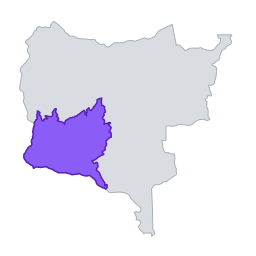 location of Équateur within Democratic Republic of the Congo, rotated 268°
{"feature_id": "COD-1461", "entity_name": "Équateur", "entity_type": "Province", "adm_level": 1, "iso_a3": "COD", "parent_name": "Democratic Republic of the Congo", "parent_adm1": "", "projection": "orthographic", "projection_center": [21.263, 1.316], "detail": "fine", "context": "in_parent", "style": "filled", "palette": "violet", "viewbox_px": 256, "rotation_deg": 268, "n_neighbors": 0, "source": "natural_earth", "source_scale": "10m", "svg_char_len": 8888}
<svg xmlns="http://www.w3.org/2000/svg" viewBox="0 0 256 256"><g transform="rotate(268 128 128)"><path d="M230.0,175.8L209.0,179.2L209.4,180.4L209.2,181.6L208.7,182.6L206.5,185.2L203.3,187.6L203.2,188.2L204.8,190.8L205.7,194.4L205.3,200.8L205.7,202.6L205.6,203.9L204.5,205.4L202.2,213.1L203.5,216.8L207.5,220.2L209.8,222.8L213.9,223.7L214.5,223.5L214.8,221.4L218.0,220.6L217.6,234.1L217.3,234.9L216.7,235.1L216.0,234.6L215.8,233.3L215.0,232.8L211.0,234.5L210.0,234.4L208.9,234.1L208.1,233.5L207.9,232.4L205.3,228.5L203.9,228.2L202.5,224.7L196.4,222.1L194.0,221.9L192.8,221.1L191.6,218.3L189.6,216.5L189.1,214.5L188.7,214.2L187.5,214.6L186.3,217.8L184.9,218.5L182.3,218.6L175.9,217.7L171.4,216.1L170.2,216.2L168.4,214.7L167.7,212.3L168.1,210.4L167.8,210.1L160.8,211.7L159.1,212.7L157.5,212.4L157.0,211.9L157.7,210.6L157.4,209.2L156.9,208.5L154.8,208.0L154.2,206.5L152.9,206.3L152.5,206.5L152.1,207.5L151.4,207.9L147.2,207.4L142.8,208.7L137.0,208.4L134.2,210.0L133.8,209.9L133.2,209.1L132.7,206.5L133.0,205.8L133.8,205.3L134.1,204.3L133.9,201.6L134.1,201.0L133.8,199.4L132.9,196.9L131.7,194.9L129.1,191.9L128.6,190.5L128.8,187.1L129.6,181.7L129.5,177.7L128.4,175.1L128.2,172.3L128.9,167.2L128.2,166.0L114.8,165.6L114.3,165.2L114.0,164.5L114.6,161.5L106.4,162.3L104.0,162.8L102.5,164.1L102.0,165.6L102.0,167.8L100.7,169.9L100.4,173.4L98.1,173.8L95.9,173.8L91.5,173.1L87.3,174.1L85.2,175.0L84.1,174.6L80.3,174.9L79.8,174.6L75.4,167.6L73.5,165.3L73.1,164.2L73.2,163.1L72.7,161.6L70.6,158.0L70.3,156.4L70.3,153.7L70.1,152.8L68.2,150.6L67.0,149.8L65.7,149.4L43.8,149.7L36.6,149.2L31.4,149.5L28.7,149.3L28.0,149.0L25.6,149.5L24.4,150.4L22.5,150.9L21.3,150.7L19.0,148.1L22.1,147.6L22.3,147.4L22.4,141.1L21.6,140.2L23.2,139.2L25.9,136.4L28.4,135.4L28.8,134.9L29.3,134.9L30.3,136.1L32.5,137.6L35.3,136.3L35.6,135.9L35.9,133.2L36.6,133.0L37.8,133.5L38.5,133.6L39.7,132.8L43.2,131.4L44.3,133.2L43.3,134.7L43.7,135.8L43.9,137.5L44.4,137.9L47.2,138.1L48.1,137.7L53.6,131.6L55.0,130.8L57.4,128.4L60.5,127.3L61.8,125.4L63.6,121.9L64.3,116.9L64.0,108.3L64.3,107.1L68.0,103.3L71.9,96.2L74.5,94.3L76.5,93.6L79.5,91.0L81.9,88.4L81.6,85.3L82.1,82.7L83.5,79.4L83.9,75.9L83.4,72.2L83.6,69.2L85.4,64.4L85.6,58.9L87.2,54.3L90.4,48.4L92.0,44.1L91.7,39.7L92.1,36.6L92.0,34.7L91.4,33.1L91.7,32.1L92.9,31.6L94.4,30.0L97.1,25.8L100.1,23.7L102.1,23.1L104.2,23.2L105.6,23.5L107.8,25.2L110.4,26.5L112.3,28.2L114.2,30.7L118.8,31.3L120.7,32.2L121.9,32.6L122.4,32.3L123.3,32.5L125.5,33.2L127.2,32.8L135.6,34.5L136.6,33.7L138.9,29.2L140.7,27.7L143.6,27.6L145.8,28.4L147.0,28.4L157.4,24.6L158.7,24.4L162.5,25.3L164.9,24.7L165.9,24.9L168.0,24.2L169.7,21.6L171.2,20.9L186.0,23.8L188.3,22.4L189.3,22.2L192.6,23.2L193.6,24.8L195.6,26.2L197.1,28.5L199.3,29.8L200.4,31.1L201.7,31.9L204.4,32.2L207.8,30.1L210.2,30.3L212.6,31.5L213.5,31.4L215.3,30.2L216.2,28.9L217.2,28.6L218.6,29.1L219.8,30.4L220.8,32.1L224.5,36.1L228.1,37.8L229.0,40.2L230.3,40.0L231.0,40.2L231.9,41.7L232.5,42.0L232.7,42.7L231.8,44.1L231.0,46.9L232.1,48.6L231.2,51.1L230.8,53.6L231.9,54.3L233.4,54.2L234.8,55.5L235.9,55.8L237.0,57.2L236.7,58.3L233.2,62.5L228.0,67.7L226.2,68.3L225.3,69.2L224.6,70.7L223.1,72.0L221.9,72.5L221.8,76.2L220.0,80.0L219.4,80.8L218.4,87.1L218.6,88.1L217.6,93.2L217.7,97.9L215.1,99.4L213.4,101.8L212.6,103.4L212.6,107.2L209.7,109.6L209.5,110.1L210.2,112.9L211.2,113.3L211.3,114.2L213.6,117.1L213.4,126.1L213.5,126.9L214.7,129.1L215.5,133.1L214.5,138.3L217.6,147.7L216.1,151.1L216.8,154.4L218.6,157.9L223.0,161.3L224.2,162.7L225.3,164.6L226.3,167.5L230.0,175.8Z" fill="#d9dde1" stroke="#a8b0b8" stroke-width="1"/><path d="M78.0,92.7L80.2,90.0L80.7,89.5L80.9,89.2L81.6,88.5L81.9,88.1L81.8,86.1L81.5,84.9L81.5,84.4L82.0,82.2L83.1,79.3L84.1,77.9L84.2,76.4L84.0,76.0L83.8,75.9L83.5,75.1L83.7,73.6L83.3,72.1L83.4,71.2L83.2,70.4L83.5,69.7L83.8,69.4L84.3,68.6L84.3,68.4L84.4,67.7L84.8,66.4L84.9,65.7L85.6,64.2L85.5,60.7L85.7,59.7L85.6,59.2L85.7,58.1L85.6,57.2L86.1,56.0L86.5,55.4L87.1,54.6L87.5,53.3L88.3,52.5L88.4,52.4L89.3,50.9L89.6,50.1L89.7,49.6L90.2,48.6L90.9,46.8L91.0,46.6L91.8,46.1L92.1,45.5L92.2,43.8L92.1,42.4L91.6,39.4L91.9,38.0L91.9,37.2L92.2,36.5L92.3,35.5L92.1,34.5L92.0,34.1L91.4,33.0L91.1,32.7L91.1,32.3L91.2,32.0L91.5,31.8L91.9,31.9L92.4,31.9L93.1,31.7L93.5,31.4L93.8,31.1L94.4,29.6L94.6,29.2L95.0,28.9L95.2,28.6L95.5,28.4L95.9,27.7L96.5,27.3L96.6,26.8L96.9,26.5L97.1,25.8L97.7,25.2L97.9,25.2L98.6,25.1L99.1,24.4L99.6,24.2L100.6,23.5L101.0,23.1L101.3,23.0L102.3,23.0L102.9,22.8L103.3,23.0L104.7,23.0L105.3,23.2L106.0,23.5L106.6,24.5L107.9,24.9L108.8,25.5L109.8,26.0L110.5,26.8L111.7,27.2L112.1,27.7L112.4,28.3L112.6,28.4L113.1,28.9L113.1,29.1L112.9,29.7L113.0,30.0L114.5,31.3L115.7,31.2L116.6,31.2L116.9,31.2L117.4,30.9L117.8,30.8L118.9,31.1L120.2,31.5L120.6,32.1L121.0,32.3L121.1,32.5L121.5,32.6L122.0,32.6L122.3,32.3L122.6,32.2L123.6,32.9L123.9,32.9L124.7,33.0L125.0,33.2L125.5,33.2L126.6,32.7L126.8,32.7L127.8,32.7L128.2,32.9L128.7,32.9L129.3,33.3L129.5,33.3L130.2,33.4L130.8,33.2L131.4,33.5L132.3,33.7L132.5,34.0L133.2,34.3L134.3,34.6L135.6,34.5L136.0,34.4L136.5,34.6L137.1,34.8L138.7,36.1L139.5,36.3L139.6,37.0L140.4,37.6L141.2,37.7L142.0,37.5L142.1,37.3L142.7,37.7L143.1,37.4L143.6,37.3L144.0,37.2L144.2,37.3L144.6,37.4L144.8,37.5L145.1,37.6L145.4,37.9L146.1,38.1L146.3,38.2L147.0,37.9L147.7,38.1L148.1,38.1L148.1,38.6L147.9,39.1L147.4,39.5L146.8,40.2L146.5,40.5L146.2,40.5L145.7,40.2L145.1,40.2L144.5,39.8L144.2,39.8L143.9,40.1L142.7,41.2L142.3,41.4L141.5,41.3L140.6,41.8L138.6,42.4L138.2,42.8L138.0,43.1L138.0,43.4L138.1,43.6L138.3,43.9L139.5,44.2L139.8,44.5L140.0,45.2L139.8,46.8L139.9,47.2L140.1,47.6L140.4,47.6L140.6,47.5L141.8,46.2L142.3,45.7L142.7,45.6L143.0,45.7L143.1,45.8L143.2,46.3L143.2,46.7L142.6,47.8L142.5,48.5L142.1,49.2L142.3,50.5L141.9,51.4L142.1,51.8L142.7,52.7L143.2,53.1L143.8,53.3L145.9,52.9L146.2,53.0L146.4,53.1L147.2,53.9L148.5,54.6L149.5,55.3L149.7,55.8L149.7,56.8L149.4,57.0L148.2,56.5L146.3,56.2L144.9,57.2L143.8,57.8L143.4,58.0L142.9,57.8L142.2,57.0L141.9,57.3L141.6,57.4L141.6,57.7L141.5,57.9L141.0,58.0L141.0,58.3L140.8,58.4L140.7,58.5L140.4,58.7L140.2,58.7L139.5,59.0L139.2,58.7L138.9,58.7L138.4,58.0L137.8,57.8L137.5,57.7L137.4,57.8L137.5,58.4L137.5,58.7L136.7,60.3L136.4,62.1L136.2,62.6L135.8,63.2L134.7,63.9L134.4,64.2L134.1,64.8L134.5,64.8L134.8,64.9L135.0,64.8L135.8,65.0L136.1,65.2L136.4,65.3L137.1,65.6L138.1,66.6L138.6,67.9L139.2,68.7L139.8,70.0L140.2,70.6L140.2,70.9L140.2,71.2L140.2,71.8L140.7,73.0L140.6,74.1L140.8,74.5L141.4,75.2L141.7,76.6L142.0,77.4L142.3,77.8L143.3,79.0L144.0,80.3L145.2,81.7L146.9,84.3L147.0,84.6L147.0,85.0L146.9,85.1L146.2,85.3L145.7,85.7L145.2,85.7L144.2,85.3L143.8,85.4L143.4,85.6L142.1,86.8L144.5,87.0L144.8,87.1L145.2,87.7L145.4,87.8L145.7,87.8L147.4,87.2L147.8,87.5L148.9,88.9L149.4,89.3L149.5,89.6L149.2,89.7L148.0,90.1L146.6,91.2L146.5,91.5L146.7,91.8L147.0,92.1L148.9,93.6L149.8,94.1L150.6,94.5L150.9,94.9L151.1,95.4L151.3,95.7L151.9,96.0L153.6,97.4L154.6,97.9L155.2,98.1L156.9,98.0L157.2,98.1L157.3,98.2L158.1,99.7L158.3,100.4L158.7,102.7L154.8,102.2L154.0,102.3L153.7,102.4L151.8,102.5L151.5,102.6L151.4,102.9L151.3,103.8L151.2,103.9L151.0,104.1L150.6,104.3L150.4,104.6L150.2,105.3L149.1,105.2L148.6,105.2L145.3,105.8L144.9,106.0L144.6,105.9L143.9,104.7L143.4,104.5L143.0,104.4L142.5,104.4L141.6,104.7L141.2,104.1L140.2,103.5L139.6,103.4L138.7,102.9L138.2,103.0L138.0,102.9L137.8,103.2L137.1,104.3L136.7,104.6L136.3,104.7L134.6,104.6L132.9,104.1L132.7,104.2L132.8,104.6L133.2,105.6L133.4,107.2L134.2,109.8L134.1,110.2L134.0,110.3L133.7,110.5L133.3,110.5L133.0,110.2L132.9,109.9L133.0,109.0L132.9,108.7L132.7,108.5L132.4,108.4L132.1,108.6L131.7,109.0L131.3,109.4L130.5,109.9L129.8,110.7L128.8,111.2L128.2,110.9L127.9,110.7L127.2,110.4L126.7,110.0L126.2,109.9L125.6,109.3L125.3,109.3L124.8,109.0L124.7,109.1L124.5,110.4L124.1,110.7L122.3,111.0L121.4,111.0L119.4,110.8L119.3,109.9L119.1,109.4L115.7,105.4L115.4,105.4L115.1,105.6L114.1,105.5L113.0,106.1L112.7,106.1L111.7,105.7L111.0,105.5L110.3,104.8L109.9,104.5L108.9,104.5L107.8,104.5L106.9,104.4L106.5,104.0L105.7,102.0L104.9,101.4L104.6,101.3L104.4,101.3L103.2,102.8L102.5,102.8L102.2,102.6L102.1,101.9L101.7,100.5L100.5,98.6L100.0,97.3L99.6,96.8L98.7,95.8L97.2,93.6L97.0,92.5L97.0,92.0L96.8,91.4L96.6,91.0L96.3,90.8L96.1,90.7L95.9,90.8L95.7,91.4L95.5,91.7L94.9,92.1L94.2,92.4L93.9,92.8L93.9,93.9L94.2,94.3L94.7,94.8L94.8,95.1L94.8,95.4L94.3,96.1L94.1,96.3L93.6,96.4L92.7,96.3L91.4,96.7L90.8,96.7L89.8,96.3L88.8,95.4L87.0,95.1L86.5,95.2L86.0,96.0L85.6,96.6L85.0,97.2L84.0,97.9L83.5,98.1L82.1,98.5L81.1,99.1L79.8,99.4L79.3,99.7L75.4,101.9L74.2,102.9L73.3,102.9L71.2,102.7L71.1,102.9L71.2,103.2L71.9,103.6L72.1,103.8L72.1,105.1L69.0,105.0L68.2,103.9L67.8,103.5L68.7,102.3L68.9,102.0L69.0,101.1L69.1,100.7L69.7,99.6L70.1,99.1L71.4,96.7L72.2,96.0L73.3,94.8L73.5,94.7L74.5,94.5L75.3,94.2L76.1,94.0L76.8,93.8L77.1,93.4L77.5,93.2L78.0,92.7Z" fill="#8b5cf6" stroke="#5b21b6" stroke-width="1.5"/></g></svg>